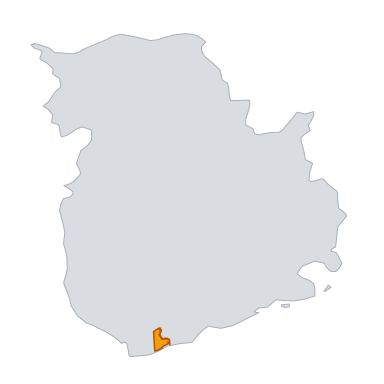 Kamrieng, Batdâmbâng, Cambodia shown in context, rotated 267°
{"feature_id": "14789045B46526313837061", "entity_name": "Kamrieng", "entity_type": "district", "adm_level": 2, "iso_a3": "KHM", "parent_name": "Cambodia", "parent_adm1": "Batdâmbâng", "projection": "natural_earth1", "projection_center": [102.586, 13.09], "detail": "fine", "context": "in_parent", "style": "filled", "palette": "amber", "viewbox_px": 384, "rotation_deg": 267, "n_neighbors": 0, "source": "geoboundaries", "source_scale": "gbopen_adm2", "svg_char_len": 5403}
<svg xmlns="http://www.w3.org/2000/svg" viewBox="0 0 384 384"><g transform="rotate(267 192 192)"><path d="M347.4,38.9L348.4,42.9L345.9,50.3L343.2,57.0L338.1,62.9L337.9,67.3L336.2,80.2L336.9,84.3L338.1,87.8L339.8,89.7L344.3,102.4L348.4,113.9L352.4,123.3L353.2,129.3L349.6,144.5L345.4,158.4L345.8,165.3L347.7,172.3L349.7,181.5L350.5,193.3L349.4,201.1L347.5,205.9L343.9,210.8L340.7,213.3L336.8,209.1L333.7,208.9L329.6,210.2L326.3,212.1L319.8,219.3L312.5,226.3L302.3,228.1L298.4,233.3L294.2,234.0L286.2,234.3L280.9,235.5L281.2,238.1L280.8,250.5L280.9,253.4L280.1,254.2L276.5,254.5L270.3,252.6L262.0,249.6L256.0,249.1L253.0,254.5L251.2,256.6L249.0,256.9L246.6,257.9L245.8,260.3L245.7,263.3L246.8,268.4L247.3,276.6L247.0,282.1L249.2,285.7L261.9,297.5L265.7,300.5L266.1,302.2L263.9,308.7L265.9,317.7L261.9,317.6L255.3,313.7L252.1,311.3L248.2,313.2L246.9,312.8L244.3,308.4L240.9,303.8L237.4,303.5L230.0,305.3L222.4,306.6L219.5,306.6L218.3,307.4L214.0,314.1L212.1,313.0L204.5,310.4L197.5,309.4L196.1,311.2L196.9,316.7L198.5,322.1L197.6,324.4L193.8,327.2L188.7,332.3L185.6,336.3L183.5,337.3L175.8,337.1L168.1,337.6L165.0,341.4L162.2,344.3L159.7,345.1L149.6,335.8L129.7,332.6L127.6,328.5L125.6,327.7L123.8,333.0L112.9,338.1L108.3,335.0L105.0,331.3L105.5,326.7L108.6,323.0L114.0,320.3L116.5,310.9L112.4,298.9L108.8,295.4L104.9,292.7L100.9,297.1L97.5,304.8L94.0,308.7L89.0,309.6L81.7,309.3L78.9,297.9L77.9,288.1L78.9,276.9L80.0,270.3L73.0,261.2L72.6,252.5L69.2,248.0L68.2,250.3L68.3,252.7L67.4,250.9L56.3,225.4L54.4,213.6L56.3,204.5L57.4,201.5L54.2,196.7L49.7,191.2L41.8,184.1L41.3,172.8L39.5,159.5L37.1,155.0L33.5,146.8L31.5,140.0L30.8,122.0L31.8,120.6L37.5,120.1L44.7,118.8L45.8,115.9L44.5,113.5L49.2,109.4L55.8,100.5L60.9,91.2L64.6,85.3L66.8,79.5L74.2,71.2L84.4,65.5L91.4,64.2L98.6,62.2L105.6,59.5L108.8,59.2L117.5,62.5L122.1,63.4L127.0,63.4L132.1,63.7L136.5,63.4L147.1,61.0L158.3,62.9L168.3,61.4L180.6,58.7L186.7,60.4L192.3,63.1L193.0,68.6L194.3,71.1L196.2,73.0L198.6,73.0L201.8,69.2L204.4,65.3L205.3,64.5L205.4,66.5L206.7,70.7L209.1,74.9L211.5,77.7L215.5,81.4L218.1,81.6L226.5,78.1L239.2,83.2L240.7,85.7L244.8,90.9L249.3,94.6L259.2,94.9L262.7,85.7L261.0,80.2L255.3,70.5L253.7,64.8L255.5,63.8L265.1,62.7L266.6,61.5L268.7,55.3L271.3,56.0L276.6,56.8L282.2,52.5L285.5,48.0L287.3,50.0L289.3,53.2L291.5,55.0L295.5,57.8L300.0,61.6L302.7,65.3L305.0,66.8L310.6,65.7L312.2,65.9L315.4,61.3L317.7,58.9L319.7,59.6L322.6,59.5L328.5,53.7L331.8,48.4L333.7,47.0L339.0,49.6L341.1,49.1L344.1,41.8L347.4,38.9ZM75.1,282.8L74.0,283.5L73.0,283.5L72.0,282.4L72.1,278.3L72.8,275.8L74.6,275.3L75.1,282.8ZM91.8,323.2L89.6,325.9L86.0,320.2L86.1,318.6L91.8,323.2Z" fill="#d9dde1" stroke="#a8b0b8" stroke-width="1"/><path d="M54.5,146.3L35.3,146.5L35.3,146.8L35.3,147.0L35.2,147.3L35.2,147.5L35.3,147.5L35.3,147.8L35.3,148.0L35.5,148.0L35.6,148.3L35.6,148.6L35.6,148.8L35.7,149.1L35.7,149.3L35.8,149.5L35.8,149.8L36.0,149.9L36.0,150.0L36.3,150.2L36.4,150.3L36.5,150.4L36.6,150.5L36.8,150.7L36.8,150.8L36.8,151.1L36.7,151.2L36.8,151.3L36.8,151.5L36.7,151.7L36.7,151.8L36.9,151.9L36.9,152.0L37.0,152.1L37.1,152.3L37.1,152.5L37.2,152.8L37.3,152.9L37.5,152.9L37.6,153.1L37.7,153.3L37.7,153.5L37.8,153.6L37.7,153.7L37.7,153.9L37.8,154.1L38.0,154.3L38.3,154.5L38.4,154.4L38.5,154.4L38.6,154.5L38.8,154.6L39.0,154.6L39.3,154.7L41.5,159.6L41.7,159.8L42.1,160.2L42.6,160.1L43.1,160.2L43.4,160.1L43.5,160.3L43.6,160.5L43.5,160.4L43.4,160.4L43.4,160.5L43.1,160.6L43.2,160.8L42.8,160.8L42.8,161.0L42.6,161.2L42.6,160.9L42.4,160.8L42.3,161.0L42.2,161.0L41.9,161.1L41.9,161.3L41.8,161.5L41.7,161.5L41.4,161.6L41.2,161.6L41.0,161.8L45.6,161.9L46.2,160.6L46.3,160.7L46.3,160.4L46.5,160.4L46.5,160.0L46.7,159.7L46.8,159.4L46.9,159.5L47.0,159.5L46.9,159.2L47.0,159.1L47.1,158.9L47.0,158.7L47.0,158.8L46.9,158.8L46.8,158.7L47.0,158.6L47.1,158.4L46.9,158.5L46.8,158.4L46.7,158.3L46.8,158.2L47.0,158.0L47.0,157.9L46.9,157.8L46.8,157.7L46.9,157.4L46.9,157.2L47.0,157.1L46.9,157.0L46.7,157.0L46.7,156.9L46.7,156.7L46.6,156.4L46.6,156.2L46.5,156.3L46.4,156.4L46.4,156.5L46.4,156.4L46.3,156.2L46.5,156.0L46.5,155.9L46.6,155.4L46.6,155.2L46.7,155.3L46.8,155.3L46.9,155.2L47.0,155.3L47.1,155.2L47.4,154.9L47.5,154.8L47.5,154.7L47.4,154.5L47.2,154.7L47.1,154.4L47.3,154.3L47.6,154.3L47.8,154.4L48.0,154.3L48.0,154.2L47.9,154.0L47.7,153.9L47.9,153.8L48.0,153.8L48.1,153.6L48.1,153.4L48.3,153.4L48.4,153.5L48.5,153.7L48.8,153.5L48.8,153.4L48.7,153.3L48.8,153.2L49.0,153.3L49.3,153.3L49.3,153.2L49.6,153.1L50.0,153.1L50.1,152.9L50.1,152.7L50.0,152.4L50.3,152.4L50.6,152.3L50.6,152.6L50.7,152.4L50.9,152.4L51.0,152.2L51.1,152.3L51.2,152.5L51.4,152.4L51.5,152.4L51.6,152.5L51.8,152.5L51.8,152.3L52.0,152.4L52.2,152.5L52.3,152.7L52.6,152.7L52.8,152.6L53.1,152.9L53.1,153.0L53.2,153.3L53.3,153.3L53.4,153.1L53.6,153.2L53.7,153.3L53.8,153.3L54.0,153.1L54.1,152.9L54.3,153.0L54.3,153.4L54.3,153.5L54.4,153.8L54.4,153.7L54.5,153.7L54.8,153.5L54.7,153.7L54.8,153.8L54.7,153.9L54.8,154.0L54.9,153.8L55.0,153.8L55.2,153.6L55.3,153.6L55.6,153.7L55.9,153.8L56.0,153.9L56.2,153.5L56.1,153.4L56.0,153.5L55.9,153.4L56.0,153.2L56.3,153.2L56.4,153.3L56.5,153.3L56.8,153.3L56.7,153.2L56.8,153.1L57.0,152.9L56.9,152.9L56.7,153.0L56.6,152.8L56.7,152.7L56.8,152.7L56.8,152.4L57.0,152.5L57.2,152.4L57.2,152.5L57.3,152.6L57.4,152.8L57.5,152.9L57.5,152.7L57.4,152.7L57.5,152.4L57.5,152.2L57.6,151.9L57.8,151.9L56.9,150.1L54.5,146.3Z" fill="#f59e0b" stroke="#b45309" stroke-width="1.5"/></g></svg>